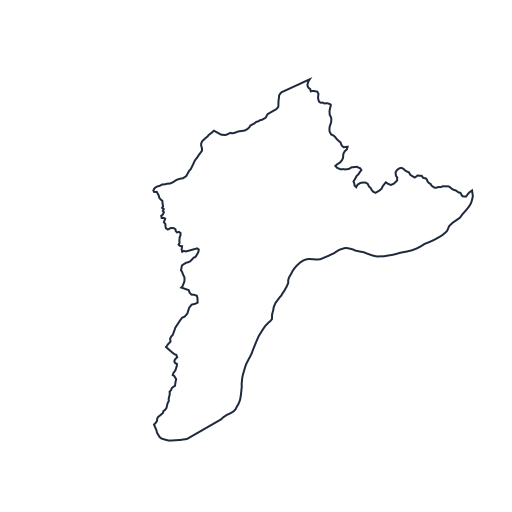 Brejinho de Nazaré, Tocantins, Brazil, rotated 44°
{"feature_id": "56859067B48174787205843", "entity_name": "Brejinho de Nazaré", "entity_type": "district", "adm_level": 2, "iso_a3": "BRA", "parent_name": "Brazil", "parent_adm1": "Tocantins", "projection": "natural_earth1", "projection_center": [-48.621, -11.067], "detail": "fine", "context": "isolated", "style": "outline", "palette": "slate", "viewbox_px": 512, "rotation_deg": 44, "n_neighbors": 0, "source": "geoboundaries", "source_scale": "gbopen_adm2", "svg_char_len": 5642}
<svg xmlns="http://www.w3.org/2000/svg" viewBox="0 0 512 512"><g transform="rotate(44 256 256)"><path d="M299.7,448.1L305.2,450.4L307.6,451.9L312.4,453.2L314.7,453.0L318.3,451.2L321.4,449.4L323.5,447.3L329.7,440.5L330.9,438.8L333.4,435.7L344.3,398.0L344.5,394.7L345.5,390.2L346.5,387.9L347.6,384.2L347.8,382.3L347.7,380.3L346.7,377.2L346.4,375.3L345.0,371.7L344.0,369.8L341.1,365.7L337.8,361.5L336.3,359.6L334.6,358.1L333.3,356.4L331.8,354.6L330.3,352.5L328.6,349.7L325.3,343.3L324.0,340.5L322.2,334.6L321.7,332.6L320.4,328.6L319.1,325.9L315.7,317.4L313.5,311.4L311.7,302.8L311.2,299.3L311.3,297.4L311.2,295.6L311.5,293.1L311.3,290.3L308.2,286.9L305.8,282.6L304.4,280.7L303.6,278.8L302.6,276.1L301.7,268.8L301.7,267.0L300.9,263.9L300.6,261.5L299.9,259.1L299.4,257.0L297.9,253.0L296.1,251.2L294.7,248.7L293.6,244.1L292.7,241.3L292.2,238.0L292.0,234.5L292.3,229.8L293.1,226.5L294.2,224.0L296.1,221.4L302.3,216.2L304.4,213.8L305.7,210.9L306.8,208.2L308.0,205.6L309.3,201.9L310.2,199.9L310.6,197.6L311.7,193.5L314.2,188.9L315.6,187.3L319.1,185.1L321.5,183.8L323.5,183.2L327.2,180.9L329.9,179.1L331.3,178.2L332.9,177.7L338.4,175.2L340.5,174.1L342.6,172.8L344.1,171.6L345.7,169.8L347.8,167.8L349.4,165.8L350.3,164.4L351.5,162.9L353.7,159.9L356.0,156.2L357.1,154.1L358.6,151.9L361.4,148.0L364.2,143.6L366.3,139.1L367.8,134.7L368.4,132.2L368.9,130.1L370.1,127.5L371.0,125.5L371.9,123.3L372.6,121.5L373.4,119.3L374.1,116.8L374.7,114.9L375.5,111.7L376.0,107.4L376.0,105.2L375.0,102.4L374.2,100.5L374.2,98.6L374.4,95.1L375.7,88.9L376.1,86.5L375.7,84.1L375.5,82.2L375.3,77.2L375.1,74.9L374.9,73.0L374.5,70.7L373.9,68.5L372.9,66.5L371.8,64.5L370.4,62.3L365.9,58.8L365.4,61.2L365.3,63.2L365.8,67.4L364.5,68.5L363.0,69.6L360.8,69.1L359.1,68.5L357.8,69.5L355.8,69.8L353.8,70.2L352.1,71.2L349.5,71.7L347.6,71.8L345.9,72.3L344.0,74.2L341.9,76.1L341.1,78.1L339.2,79.8L338.2,81.8L336.8,82.9L335.2,83.2L333.2,83.4L331.4,82.9L329.6,83.4L327.5,83.2L326.1,82.4L324.3,82.2L321.9,83.7L319.5,83.2L318.1,84.5L316.3,85.8L316.1,87.5L315.6,89.3L312.8,90.0L310.7,90.4L307.9,89.6L305.9,90.4L303.7,90.9L301.4,90.9L299.3,91.6L298.3,93.2L297.8,95.2L297.8,97.1L298.3,98.9L301.0,101.1L303.2,101.5L305.1,103.8L304.9,108.2L303.7,111.2L300.7,112.4L298.2,112.8L298.5,116.3L298.9,118.5L299.6,120.4L299.3,123.3L298.1,127.5L295.7,128.4L293.2,128.1L291.4,127.5L289.0,127.5L286.2,126.5L283.6,127.2L282.4,128.4L281.0,129.9L280.2,131.4L279.5,134.2L280.3,136.9L278.1,136.9L276.2,135.5L274.4,134.7L273.5,130.9L272.8,128.6L272.9,125.8L272.4,123.6L272.1,121.0L270.1,120.5L268.2,121.3L266.7,121.6L264.6,124.2L263.1,125.9L262.4,128.7L261.3,130.2L260.1,131.7L258.4,132.9L256.8,134.8L253.2,136.2L250.5,136.1L250.7,133.6L251.5,130.4L251.3,127.4L250.5,125.0L248.2,122.3L247.4,120.6L247.1,118.6L247.3,116.3L246.0,113.8L244.5,115.6L243.5,116.9L241.3,117.0L239.9,116.6L238.0,115.6L235.0,115.8L232.7,115.8L230.3,115.4L228.1,115.5L225.6,116.4L222.6,115.4L221.1,114.2L219.2,111.9L218.3,110.0L217.3,107.9L215.9,106.1L214.8,104.9L213.3,104.0L210.9,103.2L208.4,100.9L207.0,98.9L205.0,95.4L203.5,95.4L201.0,96.7L199.2,98.8L197.3,99.4L196.2,100.7L194.5,101.2L192.5,100.4L190.5,98.9L188.3,96.0L186.0,95.2L183.9,96.5L182.4,97.6L181.0,99.5L179.1,98.3L177.3,98.5L175.6,98.2L174.0,97.1L172.4,94.1L171.9,91.6L170.0,96.4L168.9,99.2L168.0,101.6L160.6,120.5L160.7,123.0L161.2,124.6L162.5,126.1L163.9,128.1L165.7,130.2L167.3,131.9L168.5,133.4L168.6,136.3L167.4,140.3L165.8,145.9L166.4,148.1L166.9,150.1L166.2,152.0L165.7,153.9L164.6,155.4L164.2,157.3L163.0,159.4L162.7,161.9L161.3,166.1L161.8,167.9L161.7,170.1L161.3,171.9L160.6,173.7L159.3,175.5L157.0,178.3L155.7,180.9L154.8,182.7L153.6,184.4L152.2,185.1L151.4,186.8L150.7,188.9L149.7,190.5L146.7,192.9L138.7,195.1L138.5,198.0L137.9,201.8L138.1,203.6L137.9,205.5L137.7,207.5L137.6,211.0L138.5,213.3L139.9,214.7L142.5,216.2L144.0,217.8L144.4,220.5L144.6,222.5L145.3,226.1L145.5,228.6L146.1,231.1L147.2,234.0L148.0,236.6L148.7,238.8L148.7,241.0L150.3,247.0L149.5,250.7L147.7,253.2L146.1,256.1L145.5,258.4L145.0,260.8L143.7,263.8L142.1,265.4L140.6,267.8L138.8,269.8L138.0,272.4L136.4,275.1L135.9,278.0L136.7,280.2L138.2,280.7L140.1,278.8L142.1,279.5L144.0,280.0L145.7,281.2L148.2,281.6L150.2,281.3L152.3,283.1L154.7,284.9L155.0,286.6L157.1,286.3L157.6,288.3L159.3,288.5L160.2,290.8L159.9,292.9L161.8,294.2L163.0,292.8L164.7,292.2L166.3,295.7L168.7,296.0L170.4,297.7L171.9,298.6L174.2,298.2L175.3,294.9L177.5,293.1L179.4,292.7L181.0,293.8L182.8,293.9L183.8,292.2L185.7,291.9L187.3,293.5L188.1,295.6L190.5,298.5L191.9,299.6L192.4,301.6L194.3,301.6L196.0,300.3L198.1,303.1L200.0,304.2L200.5,302.5L202.3,301.5L203.4,299.8L204.6,297.8L207.0,293.7L208.4,291.4L210.3,291.1L211.5,292.7L212.3,295.1L213.1,298.5L212.3,300.6L212.4,303.6L212.3,305.8L211.4,307.9L210.4,309.4L209.8,311.7L209.3,314.3L211.0,316.9L212.0,318.4L213.7,318.7L216.6,320.1L219.2,321.0L220.5,322.1L222.2,324.1L224.2,328.9L224.2,330.6L228.9,328.4L231.3,327.3L233.7,328.5L236.4,328.6L238.4,326.9L241.0,325.7L243.0,326.8L246.4,330.1L245.4,332.7L243.5,335.7L243.9,339.7L245.1,342.1L246.6,345.1L246.8,349.2L245.7,351.7L246.2,355.4L247.8,363.8L248.6,365.3L251.0,370.8L250.9,372.6L251.7,375.2L254.0,377.0L254.0,380.3L254.5,384.0L262.6,383.6L265.6,383.3L267.2,382.5L269.6,383.5L269.6,386.8L270.5,388.6L272.2,389.2L274.0,388.5L275.4,390.1L277.5,394.4L277.8,397.2L278.8,399.5L280.6,399.1L284.2,400.1L285.4,402.2L287.9,405.7L287.4,407.5L287.2,409.6L288.0,411.2L288.2,413.8L289.6,414.8L290.9,416.9L292.3,419.3L294.0,420.9L294.7,423.4L295.9,425.4L297.1,427.4L297.5,429.7L297.2,431.8L298.1,433.7L297.7,437.8L297.4,439.6L297.9,441.7L299.3,443.3L299.8,445.9L299.7,448.1Z" fill="none" stroke="#1e293b" stroke-width="2"/></g></svg>